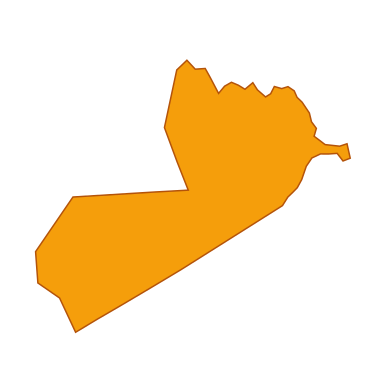 outline of São João do Polêsine, Rio Grande do Sul, Brazil, rotated 356°
{"feature_id": "56859067B22458483222443", "entity_name": "São João do Polêsine", "entity_type": "district", "adm_level": 2, "iso_a3": "BRA", "parent_name": "Brazil", "parent_adm1": "Rio Grande do Sul", "projection": "natural_earth1", "projection_center": [-53.44, -29.641], "detail": "fine", "context": "isolated", "style": "filled", "palette": "amber", "viewbox_px": 384, "rotation_deg": 356, "n_neighbors": 0, "source": "geoboundaries", "source_scale": "gbopen_adm2", "svg_char_len": 784}
<svg xmlns="http://www.w3.org/2000/svg" viewBox="0 0 384 384"><g transform="rotate(356 192 192)"><path d="M314.6,121.4L308.1,110.1L303.4,104.9L301.0,98.2L295.1,93.6L288.7,95.1L281.5,92.5L277.3,99.5L272.0,102.3L264.4,94.7L260.3,87.2L252.0,93.2L245.7,88.7L239.0,85.3L231.9,88.7L225.4,95.5L218.1,78.9L213.8,69.7L203.8,69.7L196.1,60.2L185.3,69.2L169.0,125.8L179.2,160.7L188.4,189.9L154.6,189.4L72.9,188.7L31.8,240.6L31.9,272.0L52.5,288.5L66.1,323.8L89.0,312.1L114.2,299.7L145.3,284.1L175.8,268.6L281.3,211.9L287.2,203.8L292.7,199.2L297.3,195.1L302.3,187.3L307.8,174.3L314.0,166.4L322.8,163.0L331.1,163.6L339.5,163.6L344.8,171.6L352.2,169.3L350.0,154.7L342.5,156.6L328.1,154.0L317.7,144.9L320.5,137.2L316.1,130.3L314.6,121.4Z" fill="#f59e0b" stroke="#b45309" stroke-width="1.5"/></g></svg>